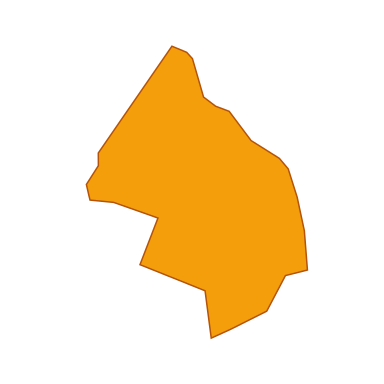 Flacq, Natural Earth projection, rotated 339°
{"feature_id": "MUS-5184", "entity_name": "Flacq", "entity_type": "District", "adm_level": 1, "iso_a3": "MUS", "parent_name": "Mauritius", "parent_adm1": "", "projection": "natural_earth1", "projection_center": [57.71, -20.212], "detail": "fine", "context": "isolated", "style": "filled", "palette": "amber", "viewbox_px": 384, "rotation_deg": 339, "n_neighbors": 0, "source": "natural_earth", "source_scale": "10m", "svg_char_len": 476}
<svg xmlns="http://www.w3.org/2000/svg" viewBox="0 0 384 384"><g transform="rotate(339 192 192)"><path d="M225.5,48.7L237.1,59.7L240.2,67.7L236.8,107.5L244.8,120.4L255.6,130.0L265.6,165.2L285.6,191.9L290.1,204.9L288.3,234.6L283.0,268.4L271.8,306.2L249.3,303.5L219.1,330.0L178.8,334.0L157.6,335.3L168.8,288.9L117.4,241.2L150.9,204.1L115.1,173.6L93.9,163.0L94.5,158.2L96.1,147.1L114.0,133.9L118.5,122.0L225.5,48.7Z" fill="#f59e0b" stroke="#b45309" stroke-width="1.5"/></g></svg>